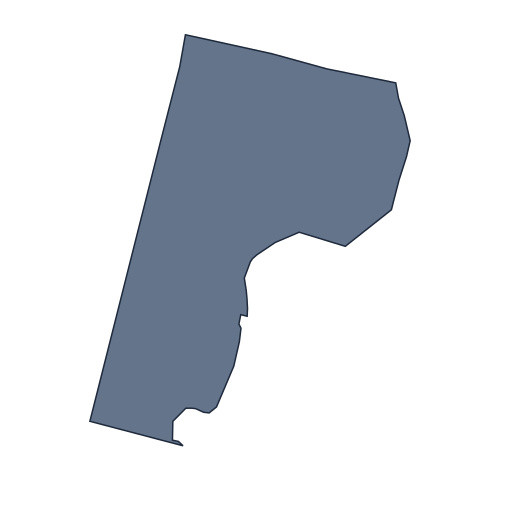 Wahkiakum, Washington, United States of America, rotated 284°
{"feature_id": "52423323B48044581252464", "entity_name": "Wahkiakum", "entity_type": "district", "adm_level": 2, "iso_a3": "USA", "parent_name": "United States of America", "parent_adm1": "Washington", "projection": "equal_earth", "projection_center": [-123.489, 46.265], "detail": "fine", "context": "isolated", "style": "filled", "palette": "slate", "viewbox_px": 512, "rotation_deg": 284, "n_neighbors": 0, "source": "geoboundaries", "source_scale": "gbopen_adm2", "svg_char_len": 664}
<svg xmlns="http://www.w3.org/2000/svg" viewBox="0 0 512 512"><g transform="rotate(284 256 256)"><path d="M343.7,135.7L55.4,134.8L54.2,231.1L57.3,225.6L57.1,219.5L75.5,215.3L85.7,221.4L91.3,224.7L92.7,230.0L93.3,234.3L91.7,242.9L92.4,248.5L100.0,254.2L143.8,261.1L168.8,260.6L182.3,258.9L185.8,255.9L195.4,255.4L195.4,262.0L202.9,260.5L212.1,257.7L220.1,254.9L231.8,250.0L248.7,251.9L252.5,253.2L257.3,256.5L273.8,271.4L289.5,292.1L287.0,340.3L333.6,376.2L339.6,376.2L364.3,376.4L388.8,378.0L405.2,377.7L427.9,366.0L443.6,356.1L457.8,349.7L454.7,279.3L456.1,222.7L453.6,134.0L421.4,136.2L343.7,135.7Z" fill="#64748b" stroke="#1e293b" stroke-width="1.5"/></g></svg>